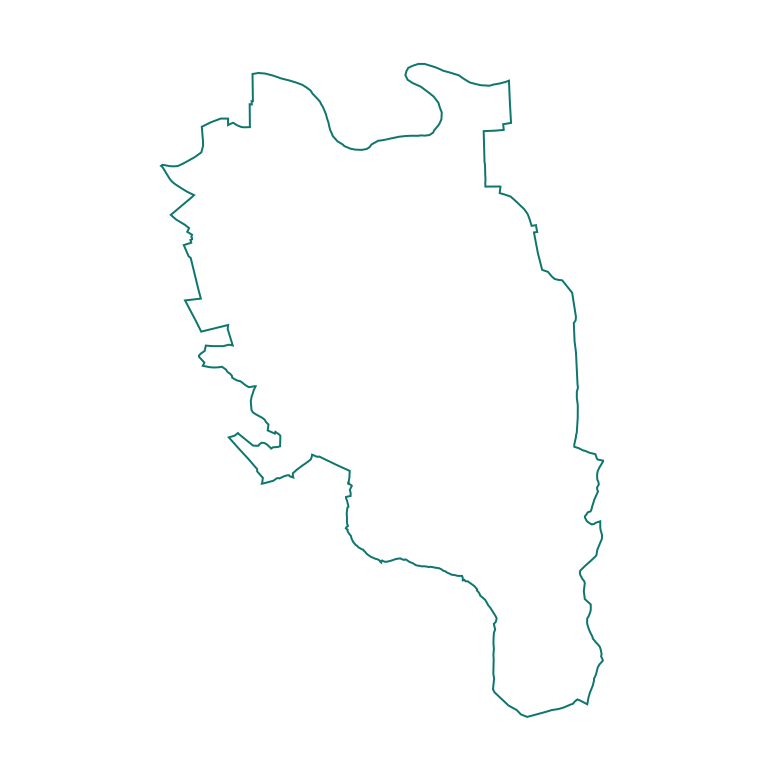 the district of Petru Rares, Bistrita-Nasaud, Romania, rotated 184°
{"feature_id": "2599482B85386243781565", "entity_name": "Petru Rares", "entity_type": "district", "adm_level": 2, "iso_a3": "ROU", "parent_name": "Romania", "parent_adm1": "Bistrita-Nasaud", "projection": "natural_earth1", "projection_center": [24.004, 47.209], "detail": "fine", "context": "isolated", "style": "outline", "palette": "teal", "viewbox_px": 768, "rotation_deg": 184, "n_neighbors": 0, "source": "geoboundaries", "source_scale": "gbopen_adm2", "svg_char_len": 6146}
<svg xmlns="http://www.w3.org/2000/svg" viewBox="0 0 768 768"><g transform="rotate(184 384 384)"><path d="M620.3,587.2L621.6,586.0L620.9,585.6L619.7,584.4L612.0,573.6L610.0,571.5L607.7,569.7L604.8,567.9L599.1,564.8L593.7,562.0L586.7,559.2L588.9,556.8L608.5,537.8L602.6,533.4L593.5,528.8L589.3,525.9L590.9,522.1L585.9,519.5L586.4,517.1L585.6,516.0L585.6,514.9L587.2,514.1L586.5,512.7L586.1,511.5L593.4,508.6L587.9,497.9L585.6,496.2L575.6,464.9L573.1,457.7L572.7,456.4L588.3,453.5L576.4,434.3L570.0,423.5L543.6,432.0L543.8,428.0L537.6,411.9L539.4,412.2L541.4,412.4L547.2,410.5L558.2,409.8L564.4,409.9L565.2,404.5L568.7,401.7L570.5,399.6L570.5,398.3L564.7,392.8L566.0,389.5L558.9,388.6L554.9,388.6L550.3,389.1L546.9,389.9L542.8,387.5L540.8,385.0L538.3,383.6L536.2,381.5L536.0,379.9L534.4,378.9L530.9,377.3L527.4,376.7L525.1,375.2L522.1,373.1L518.5,371.4L512.8,372.8L511.9,372.8L513.7,368.3L514.2,365.5L515.1,362.8L515.7,357.5L514.4,348.9L512.8,346.5L509.5,344.7L503.1,341.8L500.6,340.1L499.0,337.8L496.4,335.5L496.8,329.6L489.4,326.9L489.0,328.7L484.9,326.2L483.8,325.1L483.3,314.6L485.6,313.8L488.7,313.3L490.4,313.1L492.0,311.7L495.7,314.9L497.4,316.0L499.7,316.9L502.1,316.8L504.0,315.2L505.0,313.6L510.3,313.4L525.4,324.0L526.3,324.9L529.3,322.1L535.1,319.9L524.7,309.8L513.9,299.6L504.6,290.2L504.4,287.9L498.3,282.0L498.6,277.0L498.9,276.1L497.3,276.4L487.6,279.8L484.3,282.5L482.5,282.8L481.7,282.5L476.9,285.2L474.0,286.2L472.4,286.4L471.6,285.3L468.0,284.4L468.7,286.6L468.6,288.7L465.1,292.3L459.1,297.5L457.6,298.6L453.9,301.7L451.8,303.7L451.0,306.4L450.8,308.5L445.6,306.7L443.5,307.1L425.5,299.9L412.1,294.9L412.1,292.6L412.0,288.4L412.4,284.5L412.9,283.0L412.2,282.8L412.5,281.9L410.5,281.3L409.0,280.2L410.7,276.0L409.7,273.1L409.5,270.0L414.0,268.7L413.8,267.1L412.7,265.0L410.9,259.1L411.9,258.0L412.2,252.2L411.7,248.9L411.4,244.5L411.0,241.8L410.2,240.5L410.1,239.7L411.5,238.6L412.0,237.4L410.1,236.1L410.2,234.9L409.1,233.2L407.8,231.6L406.4,230.1L405.8,228.2L405.1,226.6L404.3,225.5L404.0,224.6L402.4,223.0L401.1,221.5L399.7,220.8L398.1,219.3L396.7,218.6L394.1,217.4L393.3,217.3L392.4,216.2L391.5,215.6L390.4,214.4L389.0,213.1L385.3,210.8L380.3,209.0L379.1,208.9L377.6,208.4L376.2,207.7L375.4,206.5L374.4,205.8L374.5,206.8L374.1,207.5L373.5,207.8L372.3,207.2L371.0,206.8L369.9,206.7L368.6,207.0L366.4,207.6L362.7,209.0L360.1,210.2L355.6,211.2L353.7,210.3L352.7,210.2L351.9,210.0L351.4,210.0L351.0,210.3L350.0,210.5L345.8,208.1L343.7,207.6L341.5,206.6L339.7,205.5L337.0,205.1L336.1,205.1L333.1,204.7L331.6,205.0L328.2,204.8L326.4,204.4L325.4,204.9L323.3,204.8L320.6,204.4L316.3,204.1L313.5,203.0L311.7,201.8L309.5,201.4L308.7,200.6L304.6,199.1L303.4,198.5L300.0,198.3L297.5,197.8L295.1,197.8L292.7,198.0L291.9,196.0L291.7,193.6L290.1,194.2L288.9,192.9L286.7,193.0L279.9,188.8L276.8,185.7L277.0,184.6L275.5,183.3L274.2,181.7L273.3,179.7L267.9,175.7L264.7,170.7L262.3,168.1L256.5,160.2L255.3,158.2L255.8,154.7L257.7,152.3L256.0,146.8L257.0,143.5L257.0,138.7L256.7,132.5L255.9,127.6L256.0,121.5L255.3,116.4L255.2,112.7L254.7,102.4L253.6,98.0L254.0,87.1L252.2,84.1L237.3,71.9L229.0,68.1L224.3,63.9L217.9,61.9L200.0,68.1L193.7,70.5L187.4,71.9L182.4,73.7L176.0,77.0L173.2,78.2L171.4,80.7L169.2,82.8L166.4,82.0L158.9,78.7L158.2,85.0L157.1,90.4L154.7,97.7L153.9,102.3L153.9,104.8L152.3,108.9L151.0,116.1L149.6,119.2L146.4,123.2L146.7,124.4L148.4,127.3L148.1,129.8L149.3,134.2L150.4,136.9L152.5,139.2L154.3,140.8L157.9,144.6L158.4,146.4L161.2,151.0L162.9,154.6L164.3,158.1L164.8,160.3L164.9,164.3L163.6,166.7L162.3,170.9L162.0,173.4L162.2,176.2L162.4,178.5L168.7,183.5L170.2,191.3L169.8,199.5L170.5,201.2L172.5,203.4L174.9,207.2L175.5,209.5L175.2,211.5L170.7,216.6L165.4,222.0L162.1,225.6L160.9,226.8L160.1,228.3L159.7,233.4L155.8,244.9L156.0,248.7L157.5,252.7L158.2,255.4L158.7,262.1L163.0,260.4L164.5,259.1L167.0,258.4L169.9,259.9L172.0,261.2L174.3,264.9L174.3,266.1L173.0,267.8L172.4,269.2L171.6,270.3L169.1,271.3L168.3,273.3L167.8,276.3L166.8,280.3L166.2,283.2L163.0,291.8L164.0,293.7L164.2,295.6L163.4,297.4L162.7,298.9L163.4,301.5L164.6,303.6L165.1,308.6L164.8,311.7L163.5,315.3L160.1,321.9L160.1,322.8L165.7,323.6L166.5,324.6L168.3,328.8L174.0,329.7L178.4,331.2L180.9,331.7L185.4,333.6L189.7,334.6L190.0,336.6L188.8,344.6L188.9,346.0L188.6,347.6L188.3,349.1L188.4,364.1L189.2,376.3L190.7,383.7L191.1,389.8L190.4,393.0L190.4,394.8L190.9,396.9L194.7,428.9L196.9,440.0L198.9,458.1L197.3,460.8L197.2,464.4L202.7,488.2L213.5,499.9L217.2,500.0L221.1,500.7L224.4,503.2L228.2,507.3L234.2,508.9L239.6,525.2L245.0,545.7L241.8,546.3L243.5,552.9L243.5,553.0L247.8,552.1L250.2,558.4L252.4,563.3L255.4,567.1L256.9,568.7L260.3,571.4L263.2,573.9L267.7,577.5L270.9,579.9L277.2,581.5L281.9,582.5L281.6,589.0L282.4,589.1L296.6,588.0L297.0,591.4L297.0,594.6L297.1,595.7L297.7,600.7L298.2,606.6L298.7,610.7L299.2,612.2L302.2,643.2L290.7,644.5L282.3,645.8L283.2,651.5L275.5,653.3L278.5,677.3L280.5,695.3L283.8,693.8L289.4,691.9L295.5,690.4L299.6,688.9L307.9,688.8L312.7,689.5L319.5,690.8L326.2,694.3L331.0,697.2L340.5,699.4L346.7,700.6L350.5,702.1L355.4,703.7L365.8,706.1L372.0,705.7L377.2,703.6L381.8,701.1L383.5,697.6L384.2,693.6L381.7,689.2L376.4,686.2L368.1,683.2L360.0,678.0L354.5,674.2L349.3,668.3L347.7,663.9L345.3,658.9L345.2,652.0L347.0,647.1L348.7,644.6L351.7,640.4L352.5,638.2L356.1,635.5L360.5,634.6L364.5,634.6L367.0,634.0L373.3,633.6L379.1,633.0L386.3,631.7L402.0,627.2L406.9,626.2L413.1,622.1L415.0,619.2L417.7,617.2L422.5,616.0L429.1,615.8L433.8,616.4L440.3,618.6L441.6,619.9L447.4,622.9L452.4,627.8L453.6,630.4L455.3,633.4L456.7,637.5L457.6,640.8L459.2,644.6L460.7,648.9L462.6,652.9L464.4,656.3L466.2,658.8L467.5,661.1L469.7,663.3L475.7,668.8L477.8,671.7L482.0,674.4L486.3,676.7L492.3,678.5L499.7,680.2L507.7,681.6L515.7,683.8L524.1,685.4L530.9,685.5L536.8,684.1L534.5,657.0L535.8,656.9L535.4,653.6L537.5,653.7L535.7,630.9L541.7,630.3L544.2,630.4L548.7,631.9L552.7,634.1L556.1,632.4L557.6,631.4L558.1,637.9L563.4,637.5L565.1,637.5L574.6,633.2L583.7,627.9L581.4,612.9L581.1,609.0L582.4,602.3L588.8,597.0L599.9,589.8L605.0,587.0L609.5,586.4L613.2,586.4L616.2,586.8L620.3,587.2Z" fill="none" stroke="#0f766e" stroke-width="2"/></g></svg>